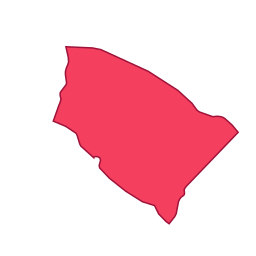 SVG path tracing the border of Saint Ann, rotated 212°
{"feature_id": "JAM-1379", "entity_name": "Saint Ann", "entity_type": "Parish", "adm_level": 1, "iso_a3": "JAM", "parent_name": "Jamaica", "parent_adm1": "", "projection": "orthographic", "projection_center": [-77.258, 18.33], "detail": "fine", "context": "isolated", "style": "filled", "palette": "rose", "viewbox_px": 256, "rotation_deg": 212, "n_neighbors": 0, "source": "natural_earth", "source_scale": "10m", "svg_char_len": 950}
<svg xmlns="http://www.w3.org/2000/svg" viewBox="0 0 256 256"><g transform="rotate(212 128 128)"><path d="M42.4,68.6L46.4,68.9L56.5,71.4L64.4,76.3L76.7,73.1L96.5,73.2L116.9,75.5L130.9,79.1L132.6,80.9L134.1,85.9L135.9,87.7L138.2,87.7L140.3,86.7L141.5,85.4L141.2,84.6L158.5,87.7L160.6,89.0L167.1,94.7L169.1,96.0L181.8,96.4L195.0,94.2L195.4,96.0L198.7,110.9L199.0,113.0L199.7,115.9L200.5,117.4L202.5,119.3L203.6,120.8L204.3,122.4L203.5,131.5L203.6,132.7L204.4,134.2L209.2,139.9L210.9,142.5L212.1,146.3L212.6,149.7L213.2,151.9L213.7,153.0L216.3,156.5L223.7,164.0L200.5,177.1L192.6,180.1L140.8,186.8L105.7,186.3L86.7,182.8L79.3,179.8L77.3,179.5L75.7,179.5L62.6,182.4L61.6,182.9L58.9,185.0L57.5,185.8L54.7,187.0L52.9,187.3L51.2,187.4L41.4,185.7L32.3,182.7L47.7,109.3L47.8,107.3L47.7,105.5L45.7,102.9L45.1,101.8L45.1,100.3L46.2,97.7L46.5,95.4L46.2,92.4L41.7,80.9L41.4,77.6L42.3,69.5L42.4,68.6Z" fill="#f43f5e" stroke="#9f1239" stroke-width="1.5"/></g></svg>